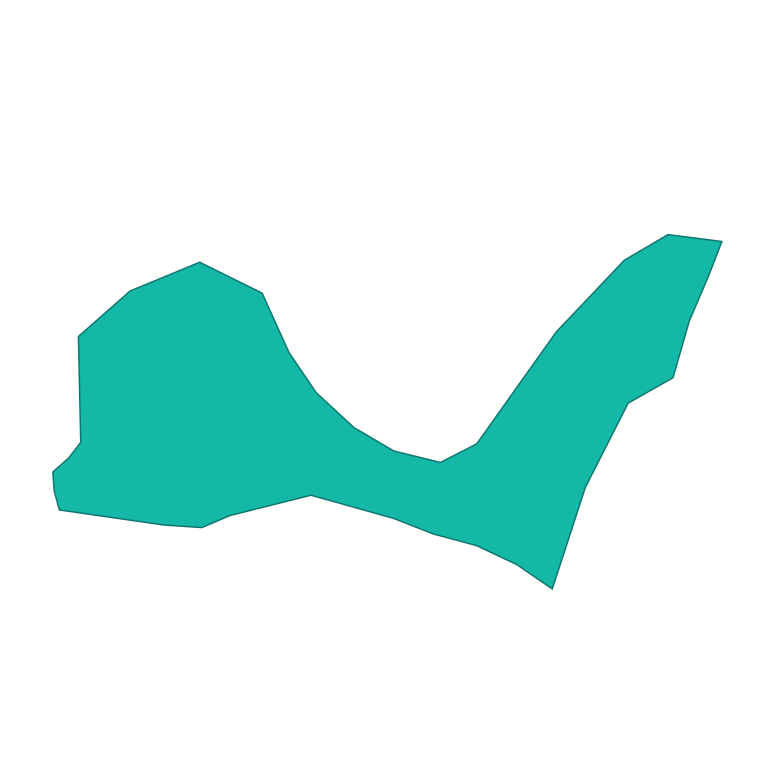 outline of Bulambuli, rotated 277°
{"feature_id": "UGA-5613", "entity_name": "Bulambuli", "entity_type": "County", "adm_level": 1, "iso_a3": "UGA", "parent_name": "Uganda", "parent_adm1": "", "projection": "equal_earth", "projection_center": [34.336, 1.363], "detail": "fine", "context": "isolated", "style": "filled", "palette": "teal", "viewbox_px": 768, "rotation_deg": 277, "n_neighbors": 0, "source": "natural_earth", "source_scale": "10m", "svg_char_len": 572}
<svg xmlns="http://www.w3.org/2000/svg" viewBox="0 0 768 768"><g transform="rotate(277 384 384)"><path d="M256.2,66.0L272.2,80.1L289.2,90.1L393.9,74.9L445.4,120.7L482.4,186.2L459.3,252.0L403.6,285.9L367.1,317.8L337.0,359.6L318.7,401.9L313.0,449.5L335.9,483.3L456.8,548.7L536.3,607.6L566.9,647.7L566.6,702.0L531.2,693.1L483.5,679.3L425.5,670.1L394.8,628.7L306.1,596.5L201.1,576.0L221.0,537.6L234.9,495.4L241.1,451.5L251.8,409.7L264.7,325.0L234.7,247.2L219.3,220.7L217.2,182.8L219.4,77.2L237.8,69.6L256.2,66.0Z" fill="#14b8a6" stroke="#0f766e" stroke-width="1.5"/></g></svg>